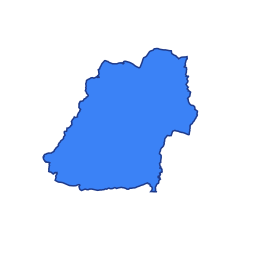 the district of Moldovita, Suceava, Romania, rotated 324°
{"feature_id": "2599482B16350059024550", "entity_name": "Moldovita", "entity_type": "district", "adm_level": 2, "iso_a3": "ROU", "parent_name": "Romania", "parent_adm1": "Suceava", "projection": "equal_earth", "projection_center": [25.472, 47.724], "detail": "fine", "context": "isolated", "style": "filled", "palette": "blue", "viewbox_px": 256, "rotation_deg": 324, "n_neighbors": 0, "source": "geoboundaries", "source_scale": "gbopen_adm2", "svg_char_len": 5796}
<svg xmlns="http://www.w3.org/2000/svg" viewBox="0 0 256 256"><g transform="rotate(324 128 128)"><path d="M113.3,196.2L113.5,196.1L113.2,195.2L113.4,194.8L113.9,194.4L115.3,192.1L115.6,191.8L116.3,191.6L117.9,190.6L119.2,190.3L119.9,190.6L120.4,190.5L121.3,189.6L121.7,189.0L122.2,188.6L124.0,188.4L123.8,187.8L124.2,187.9L124.3,187.2L124.2,186.9L124.8,186.5L124.7,186.2L123.8,186.2L123.3,185.8L123.6,185.2L124.1,184.8L125.0,185.1L125.9,185.1L126.3,184.8L126.6,184.9L126.9,184.7L127.1,184.2L126.7,183.9L127.0,183.1L128.3,183.3L128.8,183.1L129.3,183.7L129.6,183.3L130.2,183.1L130.7,181.8L131.2,181.4L131.0,180.8L131.3,180.3L130.8,179.6L130.3,179.2L130.5,179.0L131.6,178.8L131.7,177.1L132.2,176.3L132.4,175.7L132.6,175.3L133.0,175.0L134.1,175.1L134.5,174.9L134.6,174.7L134.8,174.1L137.5,171.4L137.8,170.8L138.5,170.1L138.7,168.8L138.3,167.3L138.6,167.0L139.6,166.1L140.9,165.5L141.1,165.1L141.7,164.5L143.6,163.7L144.2,163.8L146.3,163.3L147.1,162.6L147.6,162.4L148.0,162.1L148.7,160.9L149.5,160.5L151.5,158.3L155.4,157.2L157.3,158.9L158.3,159.3L158.5,159.5L162.1,156.9L164.6,157.5L165.0,158.4L166.8,160.2L167.6,161.7L168.2,162.3L168.7,163.0L169.5,163.7L170.6,165.1L172.7,168.6L173.3,169.2L173.8,169.1L175.3,167.4L176.6,166.4L176.9,165.6L177.9,164.9L178.4,164.1L178.8,163.8L179.1,163.1L179.6,162.9L179.7,162.4L180.3,162.2L180.8,162.2L181.0,162.0L181.8,162.2L182.7,162.1L183.8,161.5L185.8,161.1L187.2,160.3L188.7,159.9L189.4,159.3L190.9,158.8L191.8,158.2L191.8,157.5L192.1,157.2L192.4,156.8L193.5,155.9L194.1,155.2L193.5,153.4L193.0,152.1L193.8,151.4L194.0,150.6L194.3,150.3L194.4,149.6L194.1,148.7L193.8,147.9L192.6,146.9L192.0,144.6L192.1,144.3L192.4,142.3L193.5,140.1L193.4,139.9L193.6,139.7L193.5,139.2L194.3,138.9L196.8,138.5L198.0,137.2L198.5,136.9L198.7,136.3L199.4,136.1L199.7,135.7L199.1,133.7L198.8,133.5L199.0,133.4L199.1,132.6L198.9,131.4L199.0,131.3L198.9,131.1L200.7,130.4L200.5,130.1L200.5,128.9L200.6,126.8L203.6,125.8L203.8,125.3L204.2,125.1L204.3,124.0L204.2,123.5L204.9,122.6L207.1,121.9L207.1,121.3L206.1,121.1L206.0,120.7L205.8,120.5L206.1,120.5L206.0,119.7L206.1,118.5L207.8,117.4L209.3,115.5L210.0,115.0L210.2,114.3L210.7,113.7L210.7,113.2L210.3,112.8L210.2,112.4L209.7,112.1L209.4,111.6L210.1,111.3L211.3,111.1L211.5,110.9L211.9,109.7L213.6,108.4L214.3,107.7L215.7,106.9L216.1,107.0L216.5,106.8L216.7,106.6L216.6,106.4L216.7,106.1L217.6,105.4L217.7,104.9L216.9,104.7L213.3,102.4L212.3,102.0L209.7,101.8L209.6,99.9L209.1,98.9L209.2,97.7L208.2,96.3L207.9,95.2L207.6,94.8L207.3,93.9L207.3,93.1L208.4,91.0L206.9,89.7L204.3,86.9L202.9,85.9L200.4,83.4L199.5,82.3L199.0,81.4L198.0,80.6L195.8,79.4L195.3,79.4L194.2,79.8L191.2,78.9L190.0,79.0L185.3,80.7L184.1,80.8L182.0,80.4L180.6,81.1L178.3,82.9L173.8,85.8L172.9,86.0L172.5,85.8L172.1,85.5L170.9,83.3L170.2,81.7L169.7,79.6L168.9,77.8L167.8,75.8L165.3,72.6L164.4,72.0L163.8,71.8L162.6,72.2L162.8,73.0L162.7,73.2L162.2,73.3L161.7,73.2L161.7,72.2L161.4,71.6L160.7,71.6L160.5,71.4L160.4,71.0L158.9,70.1L156.7,69.5L153.3,67.0L151.5,64.2L151.0,63.2L150.9,62.4L150.0,61.5L149.6,60.5L148.7,59.8L144.6,60.7L142.5,61.9L141.2,62.4L139.6,63.6L138.6,63.3L138.1,63.4L137.9,64.4L136.7,66.3L136.5,67.1L135.4,67.8L134.0,67.9L133.6,68.1L134.3,69.0L134.5,69.9L134.4,70.0L134.0,69.6L133.4,69.5L132.8,68.9L132.7,68.1L130.9,67.9L129.9,67.7L129.5,67.4L129.1,66.6L127.6,65.7L125.6,65.6L124.4,65.2L123.6,65.3L122.6,65.1L122.1,65.4L121.0,66.7L120.2,67.0L119.3,68.3L118.8,69.5L117.4,70.6L117.3,71.4L115.4,72.8L115.6,73.2L115.3,74.4L115.2,75.2L114.9,75.6L115.1,77.8L114.8,78.5L113.6,78.9L112.5,78.5L111.2,79.2L109.7,78.7L107.8,79.6L106.2,79.1L105.1,78.4L104.7,78.4L104.3,78.9L102.9,79.3L102.9,79.8L102.1,80.2L102.0,80.5L100.3,82.6L100.4,83.7L100.4,84.5L100.6,85.0L99.3,85.5L99.2,85.9L98.0,86.4L97.2,86.5L95.3,87.5L94.4,88.1L93.7,89.3L91.7,88.6L91.1,88.0L91.0,87.5L89.6,88.3L88.0,88.6L85.9,89.6L85.9,90.4L85.4,90.8L85.2,91.3L84.9,91.6L84.7,92.1L84.4,92.4L83.0,92.4L82.7,92.8L81.4,93.0L79.5,92.9L78.6,92.2L76.8,94.2L76.4,94.5L75.9,94.3L75.5,93.9L74.7,93.5L74.4,93.5L73.5,94.5L72.9,96.7L72.5,97.0L71.1,97.2L70.4,97.6L69.9,98.4L68.7,98.8L65.9,98.9L64.5,99.6L63.6,99.6L61.8,100.5L61.7,101.1L61.3,101.4L60.9,101.6L60.2,101.6L59.0,101.8L58.3,101.7L57.4,102.2L57.0,102.2L55.3,102.7L54.9,103.2L54.3,103.2L54.0,103.4L52.1,103.1L51.7,103.2L51.2,103.2L48.7,101.4L47.9,101.3L47.5,101.0L46.1,100.9L45.5,100.5L44.9,100.5L43.7,100.8L43.2,101.9L42.3,101.6L41.5,103.3L41.3,104.6L41.4,105.5L41.2,106.0L41.7,106.8L41.4,106.9L41.4,107.2L43.9,109.4L44.3,110.2L43.2,110.6L42.6,111.5L42.5,112.2L41.6,112.7L40.9,113.6L40.0,114.4L39.0,115.9L38.3,116.6L39.0,117.7L39.7,118.3L40.0,119.6L40.2,120.0L40.4,121.1L40.8,121.5L41.9,121.1L42.5,121.0L43.2,121.4L42.9,121.7L43.6,122.2L44.3,122.3L44.0,123.0L43.2,123.6L41.7,124.1L41.1,124.6L40.9,125.3L40.8,125.6L38.3,127.5L39.5,130.1L40.1,131.0L42.0,132.7L43.1,133.9L46.8,140.1L49.7,142.6L52.0,144.1L53.8,144.4L55.1,145.0L55.5,145.6L55.4,146.1L53.9,146.6L53.0,149.1L53.1,149.9L53.7,151.3L57.0,152.1L57.7,152.5L58.4,153.6L59.3,154.4L59.9,154.7L60.7,154.7L61.5,155.2L62.8,156.1L66.7,160.5L68.1,161.3L69.1,161.6L69.6,162.3L71.4,163.1L71.6,163.3L72.5,163.8L73.9,164.0L74.9,165.0L75.6,165.1L76.4,165.1L76.8,165.2L77.5,165.7L77.8,166.5L78.5,167.1L79.9,167.9L82.2,168.4L82.8,169.1L83.0,169.6L83.0,170.0L83.3,170.2L85.3,170.9L87.7,172.1L88.3,172.7L88.6,173.2L89.6,174.0L91.0,176.1L91.1,176.7L92.2,177.7L93.3,177.9L94.1,177.8L95.3,178.7L97.5,179.8L98.1,180.3L99.5,180.8L100.2,180.8L103.4,181.8L104.6,182.0L107.1,182.9L109.0,183.2L111.5,183.9L111.7,184.5L111.6,185.1L112.4,185.8L112.6,186.4L112.5,187.0L112.0,187.6L111.9,187.8L112.5,189.3L112.5,190.1L112.3,190.8L111.4,191.9L110.4,192.4L109.0,192.8L110.1,193.6L111.0,194.4L111.1,194.5L111.6,194.7L111.6,194.9L111.8,195.1L112.2,195.2L113.3,196.2Z" fill="#3b82f6" stroke="#1e3a8a" stroke-width="1.5"/></g></svg>